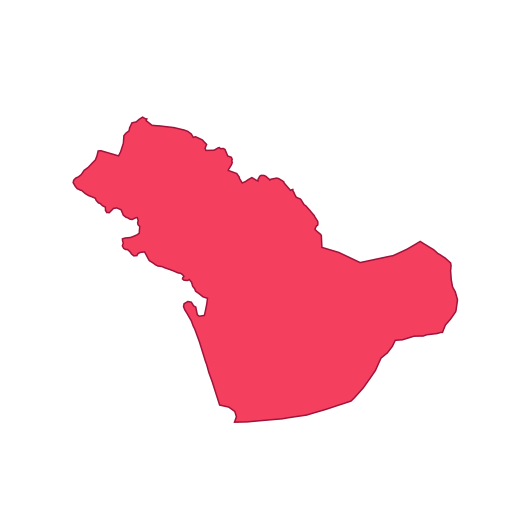 outline of Al Makhrim, Homs (Hims), Syria, rotated 45°
{"feature_id": "27442178B17685723948764", "entity_name": "Al Makhrim", "entity_type": "district", "adm_level": 2, "iso_a3": "SYR", "parent_name": "Syria", "parent_adm1": "Homs (Hims)", "projection": "albers", "projection_center": [37.338, 34.825], "detail": "fine", "context": "isolated", "style": "filled", "palette": "rose", "viewbox_px": 512, "rotation_deg": 45, "n_neighbors": 0, "source": "geoboundaries", "source_scale": "gbopen_adm2", "svg_char_len": 5113}
<svg xmlns="http://www.w3.org/2000/svg" viewBox="0 0 512 512"><g transform="rotate(45 256 256)"><path d="M358.3,388.7L363.0,383.8L367.1,379.5L368.6,377.7L372.5,373.0L383.3,360.1L383.9,359.4L387.1,355.6L389.6,352.7L392.6,348.4L397.3,342.0L404.2,332.8L404.9,331.5L407.3,327.0L412.1,318.3L414.5,313.8L420.0,302.8L421.4,300.1L425.8,291.3L425.8,286.2L425.1,273.4L422.6,258.9L421.4,252.5L418.3,244.4L417.1,241.1L416.6,239.8L416.6,239.7L417.0,235.3L417.4,231.6L416.3,223.5L415.5,221.1L415.1,220.1L414.1,217.1L418.8,211.7L423.1,203.5L424.5,200.9L428.8,196.4L430.8,194.4L431.5,192.9L432.4,191.0L439.0,182.6L439.8,181.0L440.6,179.5L441.9,178.1L441.5,177.3L438.7,170.8L438.2,163.2L436.6,154.2L435.6,152.6L429.5,144.5L422.4,140.5L420.8,140.0L416.9,138.9L410.8,134.7L407.6,131.9L404.1,128.9L402.8,127.3L400.8,125.0L400.8,124.9L400.6,124.8L398.5,123.3L391.0,123.7L390.5,123.8L389.4,124.1L384.5,125.1L382.8,125.7L381.4,125.7L379.9,125.8L379.1,125.8L378.8,125.8L377.0,126.0L376.0,126.2L375.3,126.4L373.3,126.9L372.0,127.2L371.3,127.4L370.9,127.5L369.5,127.8L368.5,128.0L366.7,128.5L364.3,129.0L363.6,129.2L362.6,129.4L362.3,129.5L361.8,129.6L359.9,137.1L358.0,144.3L356.6,148.2L352.7,158.8L349.8,163.1L334.3,187.0L314.4,194.1L312.1,194.9L296.5,203.3L291.0,198.3L287.7,195.3L286.2,195.0L285.6,195.1L285.3,195.1L281.4,195.5L278.7,195.4L278.3,194.4L278.2,194.3L277.9,193.2L277.4,191.7L277.7,191.2L277.8,191.0L277.8,190.6L277.2,189.7L276.3,188.8L276.2,188.7L275.9,188.5L275.2,187.9L269.4,186.6L269.2,186.5L268.2,186.1L267.5,186.3L267.4,186.3L266.5,186.1L266.2,186.0L264.9,186.0L262.3,185.7L259.0,185.5L258.7,185.5L256.0,185.3L255.4,185.4L254.4,185.6L253.4,185.8L252.7,185.4L250.9,185.1L250.5,185.0L249.0,184.6L248.3,184.4L246.7,184.4L245.2,185.1L244.5,185.4L243.7,185.7L242.9,185.8L242.3,186.0L242.2,186.0L241.7,185.6L241.0,185.4L240.5,185.3L240.4,185.3L239.1,184.8L238.9,184.7L237.7,184.2L237.3,184.1L237.0,184.0L236.7,183.9L235.9,183.8L235.7,183.6L235.2,183.1L235.0,182.9L234.6,183.4L234.0,185.2L233.8,185.2L231.0,185.0L229.4,184.9L225.4,184.6L224.8,184.5L224.3,184.5L224.2,184.5L223.9,184.4L223.2,183.9L222.8,184.0L222.7,184.0L222.1,184.1L221.7,184.1L221.0,184.3L217.1,185.3L216.1,186.0L215.6,186.2L214.5,187.8L212.2,191.2L212.1,191.8L212.1,192.5L211.2,192.4L210.8,192.4L210.4,192.4L209.7,192.5L208.4,192.6L207.3,192.6L207.2,192.6L206.7,192.7L205.3,193.1L204.7,193.4L203.9,194.1L203.3,194.8L202.9,195.0L202.6,195.5L202.3,196.2L202.4,197.5L202.8,198.7L203.0,199.8L203.5,200.6L204.0,201.3L204.3,201.7L203.4,201.9L202.4,202.3L201.5,202.5L200.8,202.7L199.9,202.9L198.6,203.2L197.6,203.5L196.4,208.0L196.0,210.4L196.0,210.6L194.6,214.1L189.5,212.9L188.5,212.1L184.1,211.3L175.9,215.1L175.4,214.3L175.1,213.4L175.0,212.5L174.8,211.6L174.6,211.0L174.4,210.0L174.2,209.1L173.9,208.3L173.6,207.8L173.2,206.8L171.6,205.8L171.2,205.1L170.9,204.6L169.8,204.0L169.6,203.9L168.5,203.7L165.2,205.3L164.6,205.0L158.8,202.6L157.0,203.0L156.0,204.0L155.4,204.9L154.8,205.3L153.4,205.2L153.1,205.7L153.1,205.8L152.8,206.1L151.6,210.8L145.9,216.8L145.4,216.5L144.5,216.1L143.8,215.9L143.5,215.1L143.3,214.6L142.8,213.5L142.5,212.7L142.2,212.0L141.5,212.0L141.0,212.0L139.9,212.0L139.1,212.0L138.1,212.0L137.1,211.9L136.3,211.8L135.2,212.1L134.2,212.5L133.6,212.7L132.8,213.0L132.2,213.2L131.7,213.4L131.0,213.7L130.2,213.9L129.6,214.2L128.8,214.5L128.5,215.1L127.8,216.5L124.0,215.5L119.7,216.1L116.1,217.7L114.7,218.6L107.2,223.2L101.4,227.8L95.9,232.1L93.9,233.9L90.1,237.1L82.6,238.0L81.9,236.3L80.7,237.2L77.6,238.0L76.7,242.2L76.5,245.8L74.1,249.6L75.0,251.9L75.9,254.6L77.7,257.2L77.2,261.2L77.5,264.3L82.5,270.1L86.6,278.1L88.0,282.4L71.9,291.2L70.1,293.3L72.7,297.6L74.5,301.6L74.5,305.2L74.7,311.9L73.9,317.0L74.9,321.9L74.5,325.5L73.4,328.4L73.5,331.3L74.8,333.4L78.8,334.5L82.0,334.8L85.3,333.6L86.4,332.9L91.0,332.6L94.8,331.7L98.5,330.0L101.6,328.8L103.6,329.7L107.0,329.9L108.8,329.0L111.8,329.0L115.0,328.0L117.3,330.2L119.8,330.8L120.1,330.4L121.6,329.2L121.6,323.1L123.6,320.4L125.5,319.7L127.9,318.7L133.4,321.0L136.9,320.5L138.0,319.8L140.8,319.1L142.6,317.8L143.6,315.0L143.9,314.0L144.9,312.8L148.0,314.5L148.5,315.9L150.4,317.3L152.9,317.3L155.3,320.2L157.3,322.4L156.9,325.2L155.3,329.2L154.2,331.6L150.7,335.9L149.4,338.3L150.7,339.5L153.0,340.7L154.3,343.3L157.1,344.2L159.4,343.5L160.5,342.3L163.8,342.1L166.7,342.6L169.5,342.3L171.5,340.0L170.9,338.0L171.5,335.5L174.3,331.9L176.7,332.6L183.2,334.6L184.6,334.6L186.4,334.1L188.4,333.7L191.5,333.2L193.8,332.4L196.9,330.0L199.3,329.1L203.2,327.2L208.1,324.9L209.5,324.4L213.0,323.0L214.8,321.6L217.2,321.1L219.5,321.4L219.6,323.2L220.2,324.2L222.0,324.1L223.2,323.2L225.0,321.6L225.5,319.8L229.0,320.2L232.7,322.2L236.0,322.6L238.1,323.6L242.4,322.9L247.3,322.4L251.5,320.3L251.6,320.2L254.8,324.3L258.9,330.4L261.5,334.5L258.5,338.7L256.0,339.0L249.5,334.7L247.2,335.4L242.9,334.4L240.0,336.3L238.9,340.6L240.5,343.0L243.6,344.4L248.0,345.4L253.1,346.8L255.9,347.5L261.3,350.0L264.2,350.9L276.7,356.7L295.1,366.4L297.8,367.6L305.2,371.8L313.2,375.5L335.7,387.1L343.6,382.1L350.9,380.9L355.8,383.5L358.3,388.7Z" fill="#f43f5e" stroke="#9f1239" stroke-width="1.5"/></g></svg>